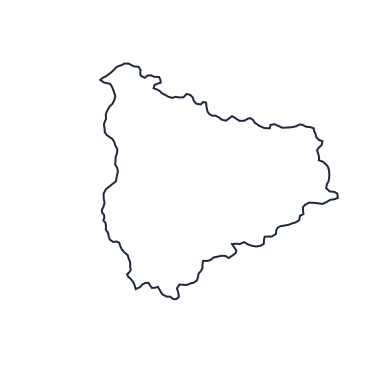 São Sebastião do Oeste, Minas Gerais, Brazil, rotated 117°
{"feature_id": "56859067B21325416614515", "entity_name": "São Sebastião do Oeste", "entity_type": "district", "adm_level": 2, "iso_a3": "BRA", "parent_name": "Brazil", "parent_adm1": "Minas Gerais", "projection": "robinson", "projection_center": [-45.047, -20.253], "detail": "fine", "context": "isolated", "style": "outline", "palette": "slate", "viewbox_px": 384, "rotation_deg": 117, "n_neighbors": 0, "source": "geoboundaries", "source_scale": "gbopen_adm2", "svg_char_len": 3066}
<svg xmlns="http://www.w3.org/2000/svg" viewBox="0 0 384 384"><g transform="rotate(117 192 192)"><path d="M131.0,59.4L127.4,61.8L127.3,65.4L129.0,69.5L127.6,74.3L123.5,75.4L120.9,75.1L117.7,76.0L114.6,77.3L110.5,79.7L107.9,82.2L106.6,85.0L105.6,89.2L106.1,93.3L103.3,94.6L100.6,96.9L98.3,99.4L95.4,99.3L91.2,97.8L87.5,98.9L88.0,102.6L86.8,106.0L84.2,108.3L82.5,110.7L80.0,112.5L80.5,116.0L82.1,120.4L82.0,123.7L82.8,126.6L86.4,129.3L89.4,133.1L91.6,136.9L93.8,140.8L93.9,145.1L94.2,149.5L96.7,152.5L100.0,151.7L102.2,156.6L102.5,161.9L101.8,167.4L100.0,170.5L99.8,174.1L102.2,176.1L104.8,177.8L107.0,181.9L106.5,187.0L106.2,190.8L109.3,192.2L113.0,194.1L114.0,198.2L113.3,202.2L113.4,205.9L114.7,208.5L114.8,211.5L113.6,214.3L111.4,216.3L108.6,218.4L105.9,220.1L106.9,223.0L110.1,224.0L111.4,228.4L110.0,231.8L107.4,234.3L106.3,237.7L107.2,241.4L111.5,242.6L113.4,245.9L114.6,249.7L117.1,252.3L117.9,256.3L117.7,260.4L117.7,263.8L116.7,266.5L116.6,269.7L117.0,273.3L113.7,274.0L111.2,271.9L108.7,269.5L106.3,271.2L104.5,273.5L106.5,277.9L106.7,281.6L108.5,284.6L111.6,285.9L111.7,290.4L109.5,292.2L106.6,293.2L104.8,296.4L106.5,301.3L106.3,306.5L108.3,310.6L110.7,312.1L112.9,314.3L115.1,316.1L117.6,316.7L120.5,317.7L123.2,318.8L125.9,320.2L128.3,321.4L130.4,323.1L133.8,324.6L134.4,320.3L133.6,317.0L132.8,314.2L134.4,311.3L136.3,309.0L138.7,306.6L141.3,303.9L145.2,302.9L149.6,302.9L152.6,304.1L156.3,304.4L159.7,304.4L162.6,303.8L165.7,301.8L168.4,301.7L171.8,301.2L175.3,298.6L178.4,296.8L180.0,293.8L180.8,287.3L182.5,284.2L185.1,281.8L187.7,278.0L191.4,276.4L195.4,275.9L199.0,274.3L202.4,273.0L204.4,269.7L207.4,267.3L210.5,266.6L213.4,265.7L216.9,264.7L219.8,265.9L222.2,267.1L225.4,268.5L228.8,270.0L233.8,270.0L238.3,267.4L241.5,264.9L246.0,264.1L248.9,264.2L251.1,262.8L252.2,260.1L254.6,258.5L257.7,258.0L258.8,255.0L262.1,252.8L264.7,251.7L266.6,248.2L269.5,246.0L271.7,243.8L272.3,239.5L270.4,236.9L270.2,233.8L272.8,231.3L274.8,228.7L276.4,225.1L277.6,220.4L280.1,218.2L282.3,215.5L286.2,213.4L289.4,211.2L292.4,211.5L294.8,212.5L296.5,210.2L297.3,206.9L299.1,203.3L301.2,200.8L304.0,198.1L300.4,195.1L296.8,194.2L294.3,192.3L292.7,189.7L294.4,186.7L295.7,184.1L294.0,181.4L292.1,179.3L294.3,175.8L296.6,172.3L296.7,167.2L295.2,164.0L295.9,159.9L294.5,157.3L291.6,156.1L288.1,158.3L284.7,161.7L280.0,161.1L278.5,157.1L276.8,154.0L274.0,151.7L272.0,149.3L268.7,147.5L264.9,148.0L261.8,149.1L258.9,148.3L255.3,148.0L251.6,149.9L248.3,150.8L246.4,147.0L244.5,144.8L240.6,143.1L237.7,139.5L235.5,136.9L233.8,133.3L234.2,129.3L231.6,127.9L229.2,126.6L226.9,125.4L224.0,125.8L222.3,129.2L220.2,132.7L218.0,129.1L216.6,125.7L213.0,122.9L213.3,118.4L212.8,114.6L211.5,110.2L209.0,106.7L205.5,104.5L201.9,106.2L198.8,106.9L197.1,103.9L195.7,101.0L193.4,99.4L191.1,98.1L188.4,99.4L185.3,99.6L182.4,97.8L179.7,94.1L177.2,90.9L174.7,88.7L172.1,85.9L168.4,83.7L164.2,85.0L161.1,82.7L157.9,84.7L155.3,86.3L152.2,85.5L148.2,82.7L146.4,78.6L144.9,74.8L143.5,70.4L139.7,67.4L136.2,65.3L133.8,61.8L131.0,59.4Z" fill="none" stroke="#1e293b" stroke-width="2"/></g></svg>